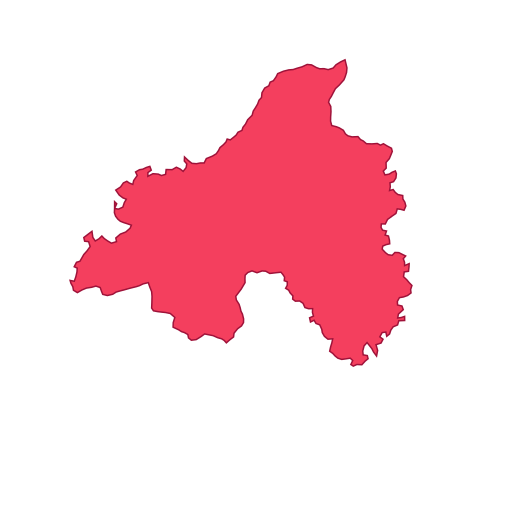 Boa Vista do Incra, Rio Grande do Sul, Brazil (Mercator projection), rotated 60°
{"feature_id": "56859067B24562210990052", "entity_name": "Boa Vista do Incra", "entity_type": "district", "adm_level": 2, "iso_a3": "BRA", "parent_name": "Brazil", "parent_adm1": "Rio Grande do Sul", "projection": "mercator", "projection_center": [-53.454, -28.887], "detail": "fine", "context": "isolated", "style": "filled", "palette": "rose", "viewbox_px": 512, "rotation_deg": 60, "n_neighbors": 0, "source": "geoboundaries", "source_scale": "gbopen_adm2", "svg_char_len": 4583}
<svg xmlns="http://www.w3.org/2000/svg" viewBox="0 0 512 512"><g transform="rotate(60 256 256)"><path d="M144.1,354.7L147.7,357.0L151.4,357.7L155.1,357.2L158.1,356.1L161.0,353.8L163.4,351.6L167.0,348.5L169.0,351.2L170.1,356.8L169.2,362.5L170.3,368.4L173.8,369.6L172.6,374.8L168.5,377.1L165.0,378.7L161.6,379.5L162.6,383.5L162.6,387.7L158.3,388.0L152.6,385.7L153.1,389.8L153.9,395.9L157.5,397.0L159.9,393.8L164.9,394.9L167.1,399.8L168.6,404.4L170.9,408.3L172.5,411.1L171.7,414.6L174.4,418.8L177.1,416.9L180.4,419.1L184.0,422.5L187.0,426.0L184.2,429.2L187.0,429.9L191.0,430.0L194.4,431.2L198.4,429.0L198.4,423.6L199.0,418.9L200.9,414.0L202.0,409.7L205.4,406.7L209.6,407.5L212.6,407.9L215.9,404.5L217.5,399.2L217.3,395.1L218.3,391.1L219.4,387.1L220.9,381.2L222.7,375.0L223.4,371.8L223.7,367.7L225.2,362.6L229.8,363.5L234.7,364.2L238.9,366.2L244.5,369.6L248.9,372.4L252.2,372.2L254.9,369.1L257.3,365.9L259.7,362.6L262.9,359.0L268.6,357.0L272.3,361.0L276.2,363.4L281.2,359.9L284.3,358.3L286.5,356.3L289.9,354.3L293.2,355.4L296.6,354.1L298.5,349.6L298.3,343.6L297.8,339.5L303.5,333.0L307.6,330.0L310.5,327.2L313.1,325.8L316.4,325.1L315.5,320.8L314.9,315.9L311.9,313.7L309.8,308.3L309.3,303.5L307.4,300.1L304.3,298.2L299.5,296.8L296.2,296.6L293.0,295.6L289.4,294.8L284.3,295.0L280.8,293.7L277.3,285.4L273.6,278.8L270.1,276.9L267.2,275.0L266.2,271.4L266.9,266.9L271.0,263.5L272.0,258.2L274.0,255.2L278.0,252.8L280.6,246.8L282.5,242.5L285.3,242.0L288.6,241.8L291.5,243.9L294.0,241.8L297.0,243.6L298.8,246.5L301.9,244.8L305.1,244.9L309.0,244.0L311.7,245.8L314.8,244.5L316.8,240.7L320.5,238.9L325.1,239.4L327.9,236.9L329.9,233.3L333.0,235.3L336.8,236.3L336.3,240.5L340.4,241.8L340.7,237.8L344.4,237.8L347.5,235.2L352.4,235.7L355.5,236.9L359.8,236.9L364.0,235.3L366.1,231.0L369.1,233.7L372.0,236.8L375.3,239.8L378.8,238.2L382.1,237.5L385.4,236.2L388.4,233.5L389.8,230.1L391.6,225.5L394.9,224.5L397.4,228.1L400.0,226.8L400.4,222.9L403.1,218.7L401.6,214.0L401.0,210.3L397.9,209.4L395.2,212.6L391.7,211.1L387.9,207.4L386.5,203.1L390.5,202.5L394.2,202.0L398.0,202.2L402.9,201.6L398.6,197.9L392.8,196.4L393.9,191.2L391.6,187.6L387.9,189.2L385.4,185.0L386.8,181.6L390.9,182.9L390.3,179.3L387.6,176.3L385.9,172.6L386.5,167.9L383.5,164.7L386.2,159.5L382.6,157.5L381.9,161.0L380.5,164.3L377.5,161.7L376.1,155.3L372.3,154.6L369.2,157.9L366.0,156.3L363.8,152.6L365.2,148.8L366.0,144.5L365.5,140.2L362.4,138.9L359.5,135.7L355.6,136.7L352.0,137.3L347.7,138.6L343.9,135.6L345.5,131.6L342.0,129.0L339.2,127.2L338.6,132.1L335.7,130.5L332.0,129.8L330.8,126.4L327.7,128.5L324.5,130.6L322.4,133.9L323.5,137.7L321.0,140.9L317.9,142.2L313.2,143.3L310.8,141.3L311.2,137.7L312.3,134.1L309.0,132.5L304.9,131.3L302.4,133.7L299.6,130.5L296.9,133.5L293.7,133.4L290.9,131.4L292.9,128.0L290.1,123.8L289.5,118.4L289.1,113.5L285.8,110.1L288.0,107.3L290.4,104.9L287.6,101.2L283.8,100.2L280.1,100.3L277.0,98.7L273.7,102.4L270.5,103.6L267.0,104.0L266.1,107.6L263.2,105.1L259.6,103.4L260.4,99.7L258.4,95.8L255.0,93.3L252.0,92.8L251.5,96.4L251.7,99.7L250.2,103.8L246.1,103.3L245.0,99.3L240.0,96.6L238.4,91.9L236.2,89.0L233.6,85.7L230.4,84.8L226.3,87.4L222.5,89.5L222.2,92.8L219.2,94.7L216.9,99.5L214.0,104.2L210.0,105.6L207.4,107.3L203.6,108.0L200.9,113.2L197.9,116.3L195.0,117.5L190.8,117.5L186.7,119.8L184.2,121.8L180.9,125.2L176.5,124.0L173.0,121.9L168.5,118.9L163.9,116.5L159.2,116.3L157.0,114.1L155.5,111.0L153.3,107.6L150.8,103.6L149.6,98.4L147.4,91.8L145.5,89.3L142.3,85.8L138.6,83.2L134.6,82.0L130.6,80.8L130.2,85.8L130.4,91.1L131.8,95.2L130.7,100.3L127.8,103.4L125.7,107.2L123.0,109.5L118.3,112.3L115.7,115.9L115.2,121.5L113.9,126.7L113.1,130.6L111.2,134.6L109.7,139.8L108.9,146.0L111.0,149.2L112.9,153.3L112.5,156.8L115.0,159.8L114.9,164.5L117.6,169.2L121.5,172.0L122.6,175.5L125.2,178.6L127.4,182.5L129.1,185.9L132.2,189.0L133.8,195.0L136.5,199.1L138.0,202.9L140.2,205.4L139.8,209.7L141.4,212.8L142.0,216.2L142.6,220.2L140.3,222.5L142.2,224.9L143.3,228.5L144.1,233.0L146.0,235.9L147.6,239.3L147.7,243.8L146.8,250.3L149.5,254.4L147.6,257.7L146.3,261.4L143.7,265.2L139.2,267.0L134.5,268.4L137.9,270.6L141.6,269.9L144.5,272.3L146.3,276.8L142.7,278.2L139.3,280.6L139.3,285.4L136.2,290.6L140.1,293.5L139.0,297.7L136.2,299.7L133.2,304.1L132.9,309.8L129.7,307.9L129.3,303.8L125.3,303.1L124.5,306.7L124.2,310.7L123.0,313.7L123.0,318.3L126.9,318.6L129.5,324.2L132.4,326.9L129.5,329.2L126.7,330.5L126.4,334.3L128.5,338.8L128.8,344.5L134.8,344.0L139.1,342.2L142.0,339.9L143.9,343.3L147.1,346.9L146.6,351.8L144.1,354.7ZM144.1,354.7L141.1,350.5L138.3,351.3L144.1,354.7Z" fill="#f43f5e" stroke="#9f1239" stroke-width="1.5"/></g></svg>